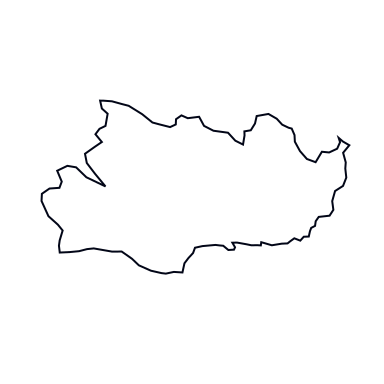 Axylou, Paphos, Cyprus, rotated 114°
{"feature_id": "46923920B14417206276385", "entity_name": "Axylou", "entity_type": "district", "adm_level": 2, "iso_a3": "CYP", "parent_name": "Cyprus", "parent_adm1": "Paphos", "projection": "equal_earth", "projection_center": [32.554, 34.805], "detail": "fine", "context": "isolated", "style": "outline", "palette": "ink", "viewbox_px": 384, "rotation_deg": 114, "n_neighbors": 0, "source": "geoboundaries", "source_scale": "gbopen_adm2", "svg_char_len": 1622}
<svg xmlns="http://www.w3.org/2000/svg" viewBox="0 0 384 384"><g transform="rotate(114 192 192)"><path d="M93.5,126.7L94.0,129.9L93.8,137.0L90.6,144.4L89.6,153.9L96.3,163.8L103.8,162.3L111.7,163.4L115.3,168.8L119.0,167.0L127.9,164.7L127.5,173.3L123.2,183.2L127.3,197.3L126.7,207.9L120.4,216.1L125.1,223.9L126.3,225.9L126.3,232.8L132.0,236.2L136.9,234.3L141.6,238.4L143.5,249.4L144.6,256.4L141.2,269.1L139.0,284.9L140.1,291.4L141.7,302.0L144.5,309.8L145.9,313.1L152.4,308.3L154.8,300.9L166.8,297.9L171.9,302.2L178.5,303.7L183.0,294.7L190.3,299.2L200.6,305.3L208.3,299.9L214.8,288.0L222.1,273.3L221.5,294.5L216.6,307.9L218.8,316.5L227.4,323.8L235.5,315.2L242.1,314.8L246.8,323.6L254.7,328.4L261.4,325.8L272.5,313.3L276.4,301.2L279.8,294.5L290.0,293.2L295.2,291.7L300.4,288.6L301.1,288.2L296.8,279.6L292.0,271.1L286.9,264.7L283.5,258.8L279.0,240.9L275.0,232.0L277.4,219.7L280.6,210.7L280.6,197.5L278.5,186.9L277.2,182.7L272.4,176.1L269.4,168.0L260.2,169.9L253.8,168.4L247.3,166.2L241.7,166.6L237.2,160.5L233.4,153.7L230.8,149.0L229.6,145.1L228.4,141.6L230.2,135.2L227.6,130.2L225.0,130.2L221.9,134.5L219.9,130.3L217.6,121.0L216.5,116.0L214.1,110.9L212.8,107.4L209.7,108.3L209.2,104.8L208.2,97.4L202.7,89.0L200.1,83.8L197.0,82.2L192.7,79.7L192.4,73.3L187.4,71.7L185.2,67.2L179.8,68.3L176.3,68.5L172.9,65.8L168.4,67.1L163.2,66.1L157.7,56.7L150.8,55.6L143.3,60.2L132.9,61.7L125.0,56.5L116.1,56.9L108.2,61.5L102.4,63.6L94.7,69.9L85.3,67.3L84.5,74.7L82.9,80.0L86.3,77.0L93.4,77.0L100.1,82.8L102.4,89.7L114.5,91.2L115.1,100.5L110.7,110.0L104.2,118.5L98.3,121.5L93.5,126.7Z" fill="none" stroke="#020617" stroke-width="2"/></g></svg>